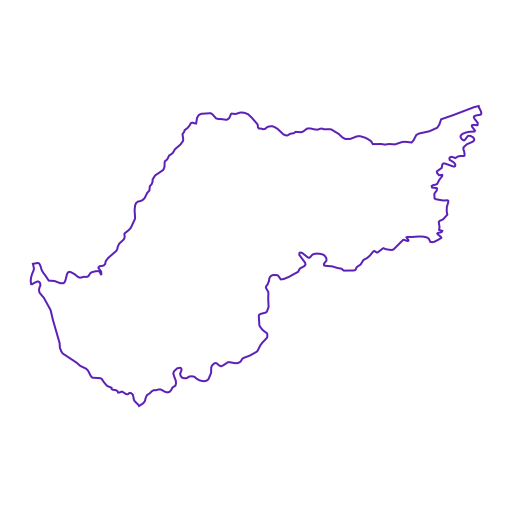 Bu Dop, Bình Phước, Vietnam
{"feature_id": "81297802B5857215594058", "entity_name": "Bu Dop", "entity_type": "district", "adm_level": 2, "iso_a3": "VNM", "parent_name": "Vietnam", "parent_adm1": "Bình Phước", "projection": "albers", "projection_center": [106.839, 11.984], "detail": "fine", "context": "isolated", "style": "outline", "palette": "violet", "viewbox_px": 512, "rotation_deg": 0, "n_neighbors": 0, "source": "geoboundaries", "source_scale": "gbopen_adm2", "svg_char_len": 6061}
<svg xmlns="http://www.w3.org/2000/svg" viewBox="0 0 512 512"><path d="M139.0,406.0L143.2,403.3L144.9,401.1L145.8,397.5L147.0,395.1L149.8,393.3L151.9,391.2L153.7,390.2L156.0,390.2L158.5,389.5L160.4,389.4L162.2,390.2L164.7,391.7L167.4,392.4L169.5,391.9L171.0,390.3L172.6,387.4L175.4,385.7L176.0,383.5L175.8,380.7L174.0,376.0L173.3,373.4L174.0,371.3L177.1,368.4L179.5,367.8L180.8,368.0L181.5,369.1L181.3,370.9L180.1,373.8L180.6,375.7L181.7,377.3L182.9,378.0L185.2,378.3L187.1,378.0L188.6,376.8L190.7,376.3L192.9,376.4L194.7,377.0L196.6,378.7L199.2,380.2L201.3,380.8L203.6,381.2L205.7,381.0L207.5,380.1L208.5,379.1L211.1,372.9L211.2,367.7L211.9,365.7L213.4,364.1L214.7,363.2L216.0,363.1L216.9,363.5L219.0,365.3L220.6,366.2L221.4,366.2L223.6,365.1L227.6,362.4L229.1,362.1L234.5,363.1L237.4,363.1L239.4,362.4L240.8,361.3L242.2,358.9L243.4,358.0L250.0,355.5L256.6,351.8L257.7,350.6L260.6,344.9L262.3,342.7L267.1,337.6L267.3,336.5L267.3,334.0L266.8,333.1L264.6,331.6L262.4,329.7L260.4,327.2L259.4,325.5L258.8,316.2L259.0,315.0L260.3,314.0L265.9,312.5L266.9,311.6L268.6,306.9L268.2,299.0L268.4,293.3L268.2,291.8L266.1,288.2L265.9,287.4L266.3,286.0L267.5,284.6L268.9,281.2L269.3,278.5L270.0,277.0L271.3,275.7L273.3,275.0L276.7,275.1L278.0,275.5L280.7,279.3L281.9,279.3L283.7,279.0L288.7,277.0L298.1,271.8L299.8,268.6L304.5,266.0L305.5,264.4L305.1,262.7L299.3,254.9L299.4,253.1L300.1,252.5L302.1,252.9L307.7,257.3L308.6,257.7L309.2,257.8L310.4,257.0L311.9,255.1L313.5,254.1L316.5,253.6L320.1,253.8L323.4,254.7L324.9,256.0L326.2,257.9L326.5,259.9L326.3,260.9L324.8,262.5L323.9,264.0L324.1,265.4L325.6,265.8L332.3,266.4L337.1,267.9L341.8,268.8L343.0,270.1L343.9,270.6L353.4,270.5L355.2,270.1L355.7,269.5L356.4,267.6L357.5,266.5L360.1,264.9L360.9,264.1L363.4,260.0L367.0,258.1L369.8,255.7L372.4,252.5L373.7,251.2L374.2,251.0L375.0,251.3L376.7,252.5L377.7,252.4L382.9,248.4L383.5,248.2L385.5,249.1L388.8,249.7L392.1,250.0L393.8,249.2L403.1,239.9L404.2,239.9L407.4,241.0L408.2,240.9L408.5,240.2L406.5,237.4L407.5,236.9L411.9,237.0L418.5,236.5L423.0,236.6L426.2,237.2L428.0,238.1L429.0,239.1L430.3,241.9L432.2,242.2L434.2,241.8L438.0,239.9L441.3,237.9L440.9,236.9L437.6,234.2L437.3,233.5L437.9,232.9L440.7,232.4L442.0,231.7L442.3,230.9L439.1,229.9L439.5,226.9L438.9,223.2L438.9,221.7L439.8,220.8L443.0,219.4L447.3,214.7L446.7,211.1L446.8,207.2L448.3,201.9L448.2,200.7L447.5,200.3L443.0,200.5L435.8,199.2L434.6,198.5L434.3,194.4L434.6,193.3L436.6,190.7L437.1,188.7L436.7,188.1L432.2,187.6L431.9,187.1L431.7,186.0L433.2,185.1L435.5,184.7L437.2,183.9L439.2,180.0L442.3,175.9L442.2,174.9L439.0,175.2L436.9,172.7L436.9,171.4L441.7,167.9L442.3,164.5L443.1,163.6L444.5,163.4L453.4,166.5L454.3,166.6L455.1,166.1L455.3,164.4L454.4,163.1L453.2,162.0L449.7,159.9L449.4,158.7L449.7,157.5L451.2,156.8L453.7,157.4L455.2,158.1L458.2,156.4L460.2,156.0L463.9,156.0L464.5,155.6L464.6,154.9L464.2,151.6L463.4,149.4L463.5,147.4L466.8,144.3L472.8,141.7L474.1,140.3L474.2,139.4L474.0,138.6L472.8,137.1L470.3,135.9L468.5,135.8L467.8,136.1L465.2,139.5L464.4,140.3L463.8,140.4L462.0,139.4L460.8,137.6L460.5,136.4L461.0,135.2L462.4,133.9L465.4,132.7L468.3,131.9L474.4,131.5L475.0,130.7L472.0,126.6L471.8,125.7L472.0,125.2L473.6,124.8L477.1,125.3L477.6,125.0L477.7,122.8L474.5,118.8L473.8,116.9L474.5,116.0L476.9,115.3L479.5,114.9L480.9,114.5L481.3,113.6L481.2,112.3L480.6,110.6L478.9,107.4L478.7,106.0L474.2,107.1L452.7,115.3L441.1,119.3L439.3,124.7L437.1,127.8L429.3,131.3L419.1,133.5L416.3,135.0L413.5,140.4L411.6,142.5L406.5,141.9L402.5,141.9L394.9,144.4L389.0,144.0L385.1,144.6L381.1,144.0L372.8,144.1L371.0,141.1L368.2,139.3L365.2,137.7L360.5,136.3L359.0,136.1L356.5,136.5L350.3,138.9L345.4,139.0L342.4,137.4L338.8,134.0L331.2,129.4L329.3,129.2L323.9,129.3L322.2,128.6L320.3,128.7L317.9,129.6L315.1,129.5L310.6,128.5L308.3,128.4L306.9,128.7L303.3,131.4L301.5,132.2L295.5,131.9L293.8,133.2L290.1,133.8L287.6,135.4L285.8,135.4L283.4,134.4L277.6,128.9L274.8,127.2L272.2,126.2L268.8,126.5L266.5,127.6L265.1,128.9L263.0,129.2L261.2,128.6L258.8,128.5L258.0,127.3L257.6,124.4L251.6,117.5L247.9,114.1L244.0,112.7L240.4,112.5L235.5,114.0L231.6,113.6L231.0,114.0L229.2,118.2L227.3,119.5L226.1,119.8L221.5,119.1L218.2,119.0L216.1,118.4L212.5,114.4L210.7,113.2L201.3,113.8L199.1,114.8L197.9,116.3L197.0,118.1L196.1,123.5L194.5,123.3L192.2,122.6L190.8,123.2L189.6,125.5L187.6,127.9L184.7,130.1L184.1,131.9L182.5,134.2L183.2,139.0L183.1,140.8L180.5,144.5L175.0,149.2L172.8,152.9L170.7,154.6L169.3,155.3L167.2,159.4L164.9,161.3L164.6,162.9L164.5,166.9L163.3,169.9L155.2,175.4L152.8,179.1L152.6,179.6L152.6,181.5L151.7,184.1L149.8,186.3L149.4,190.6L147.3,192.7L144.7,198.0L142.8,199.9L140.7,201.0L137.9,201.6L136.1,203.0L135.1,205.4L134.6,210.4L135.1,217.6L134.8,219.3L132.8,223.6L130.7,228.0L128.6,230.2L124.5,233.5L124.4,234.6L124.7,236.4L124.5,237.9L123.7,239.5L119.1,243.8L117.6,247.2L117.4,248.8L116.3,250.9L108.2,257.9L105.8,261.0L105.1,264.1L104.1,265.2L102.4,265.9L99.7,266.2L98.5,267.3L98.4,267.9L101.2,271.7L101.3,274.3L101.0,274.4L99.4,271.5L98.3,271.1L95.8,271.2L91.6,272.3L90.1,273.4L88.8,275.6L87.9,276.5L86.7,276.9L83.8,276.8L80.9,277.6L79.5,277.6L77.8,276.8L74.5,274.1L70.5,272.0L69.3,271.9L68.1,272.3L67.6,273.0L66.9,274.5L65.5,280.1L64.5,282.4L63.4,283.2L60.2,283.2L54.5,281.0L48.7,280.6L45.5,275.7L43.4,273.0L41.7,270.2L40.6,266.3L39.5,264.0L38.7,263.2L37.7,263.0L32.9,263.8L33.9,268.1L33.8,269.8L32.0,274.2L31.1,277.4L30.7,281.0L31.1,284.1L31.9,284.3L34.8,282.6L37.8,281.4L39.2,282.0L40.1,283.1L40.4,285.4L39.5,287.5L39.0,289.4L39.3,291.9L39.6,292.8L43.9,297.9L50.6,310.1L52.8,319.5L59.6,343.1L59.9,347.9L61.3,351.4L62.7,353.5L76.5,362.6L80.1,365.8L86.1,368.7L87.6,370.1L88.7,371.8L90.3,375.2L91.6,377.1L92.6,377.7L100.4,378.2L101.8,379.0L103.6,381.8L106.0,384.7L107.3,386.0L111.5,387.7L111.6,389.0L112.6,389.7L115.8,390.2L116.8,390.6L117.7,391.5L118.0,392.5L119.4,392.6L121.6,391.6L122.7,391.9L126.0,394.1L127.3,394.3L128.2,394.1L129.0,393.2L129.8,392.9L130.9,393.1L132.2,394.0L133.0,395.1L133.9,399.7L134.7,401.2L138.4,404.9L139.0,406.0Z" fill="none" stroke="#5b21b6" stroke-width="2"/></svg>